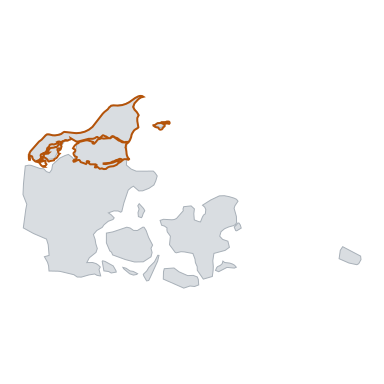 where Nordjylland sits in Denmark
{"feature_id": "DNK-3418", "entity_name": "Nordjylland", "entity_type": "Region", "adm_level": 1, "iso_a3": "DNK", "parent_name": "Denmark", "parent_adm1": "", "projection": "natural_earth1", "projection_center": [9.42, 57.153], "detail": "fine", "context": "in_parent", "style": "outline", "palette": "amber", "viewbox_px": 384, "rotation_deg": 0, "n_neighbors": 0, "source": "natural_earth", "source_scale": "10m", "svg_char_len": 8839}
<svg xmlns="http://www.w3.org/2000/svg" viewBox="0 0 384 384"><path d="M100.7,275.9L100.0,275.9L96.9,275.3L94.7,274.0L89.0,274.9L81.4,277.1L77.2,277.0L73.9,274.7L60.2,271.4L58.0,271.2L49.0,271.0L48.6,265.9L47.5,262.2L44.4,256.7L49.1,255.4L48.2,244.7L46.5,239.1L33.5,233.5L23.3,227.9L25.8,209.3L26.8,204.3L23.0,194.6L23.5,183.5L25.3,165.9L28.5,165.2L30.9,165.3L40.0,168.5L43.8,168.8L46.4,171.6L49.5,172.7L51.7,169.8L52.6,164.6L59.9,158.0L64.9,155.6L68.4,154.4L71.9,157.1L74.6,160.1L75.2,153.5L77.4,141.1L70.5,139.1L64.9,140.8L59.3,148.7L54.3,158.6L46.3,159.6L39.8,162.4L34.0,159.4L30.3,156.9L30.2,153.1L31.1,150.9L38.0,142.8L47.1,135.0L56.3,135.1L63.0,132.6L67.0,132.3L79.5,132.8L85.9,131.1L91.6,127.6L104.0,112.6L110.9,106.3L125.0,104.1L137.9,96.9L141.6,96.8L135.5,102.2L134.5,104.3L133.8,107.4L138.2,114.4L137.3,118.6L137.7,126.9L133.6,131.3L128.9,140.5L126.9,141.9L126.5,152.7L127.0,155.2L126.4,165.1L131.2,169.1L136.3,171.2L153.3,171.1L155.1,172.9L157.2,176.0L155.7,181.1L153.9,185.0L149.0,188.3L142.7,190.8L138.8,190.9L133.4,186.2L130.9,187.7L128.2,190.1L123.9,202.9L121.8,211.5L120.7,212.2L118.2,211.0L113.9,210.9L108.4,212.9L111.2,214.8L114.2,217.9L113.0,219.5L108.2,221.3L104.0,224.8L102.2,227.4L96.8,230.5L93.4,234.5L95.1,239.4L95.8,243.8L97.3,248.5L96.0,252.4L89.3,257.8L86.8,262.6L92.6,262.5L96.1,263.6L98.2,265.0L100.3,267.0L99.0,269.5L100.7,275.9ZM236.4,216.5L236.6,222.7L235.4,224.5L233.6,225.6L228.8,226.9L224.6,228.7L221.0,231.7L219.7,236.2L222.6,239.4L227.9,241.2L229.4,247.3L225.1,250.4L213.9,253.4L212.8,260.7L213.3,266.5L213.1,270.7L212.3,276.5L203.3,279.1L197.3,270.3L197.2,266.7L195.4,262.6L195.0,259.1L192.9,253.5L184.3,251.9L181.0,251.7L176.3,252.8L175.2,252.4L169.5,244.7L170.4,236.2L167.3,231.9L166.9,230.0L167.0,227.9L164.5,226.1L161.6,225.2L160.1,220.4L163.5,219.3L171.9,219.8L174.3,219.5L176.5,218.5L183.3,210.7L183.0,209.0L183.7,206.7L191.1,205.9L194.4,208.9L193.8,213.7L194.3,219.9L198.7,221.6L200.5,221.9L202.3,217.3L203.5,215.1L205.3,213.8L205.8,209.6L204.7,207.1L202.5,205.2L210.7,200.0L219.3,195.9L224.3,195.7L229.3,196.7L234.0,198.1L236.5,199.3L238.0,201.2L234.9,205.8L234.1,208.3L236.4,216.5ZM144.1,227.3L146.1,230.5L148.6,237.4L152.6,245.1L151.0,248.3L152.1,252.5L151.0,256.8L143.3,261.8L134.6,262.0L125.5,259.6L112.6,254.9L111.6,252.3L109.8,250.9L106.4,242.9L106.4,233.1L112.8,231.9L126.8,227.2L130.1,228.0L133.5,230.4L137.4,230.5L143.0,227.1L144.1,227.3ZM179.0,271.8L187.6,275.6L193.3,275.4L197.3,277.0L198.3,279.5L198.7,284.9L194.6,286.5L190.0,286.0L183.8,288.1L163.3,279.1L163.5,271.7L164.3,268.7L174.0,268.0L179.0,271.8ZM358.7,263.7L356.9,264.7L348.9,263.0L339.1,258.7L340.3,250.3L342.7,246.7L360.6,256.1L361.0,259.6L358.7,263.7ZM148.7,280.5L146.6,280.9L143.7,275.8L143.3,274.3L146.7,271.0L148.9,267.4L154.5,261.8L157.8,255.3L159.0,255.4L157.6,261.2L150.2,277.5L148.7,280.5ZM116.2,272.1L111.2,273.0L108.6,271.5L103.9,270.9L102.2,261.3L102.6,260.8L105.0,261.4L113.2,265.9L116.0,270.8L116.2,272.1ZM236.3,267.2L234.4,268.1L227.0,267.4L218.7,271.7L215.5,270.4L216.7,267.6L217.6,266.6L220.3,265.4L222.2,263.7L222.9,261.1L224.7,262.5L229.8,263.1L232.4,264.0L234.5,265.2L236.3,267.2ZM142.2,216.6L141.4,217.7L138.4,216.6L138.0,212.6L139.1,209.0L137.8,205.8L139.2,203.7L143.6,208.5L144.8,210.8L143.2,213.5L142.2,216.6ZM162.8,126.4L160.8,127.8L154.3,125.8L157.1,122.9L164.3,121.6L168.5,122.1L163.9,124.9L162.8,126.4ZM136.6,274.5L133.4,275.1L129.7,273.8L123.6,268.7L122.9,267.4L126.0,268.2L130.0,270.9L133.2,271.4L137.6,273.7L136.6,274.5ZM241.2,228.1L236.7,230.8L235.7,230.6L234.2,227.0L236.6,224.8L237.9,223.0L238.9,223.0L240.3,225.0L241.2,228.1Z" fill="#d9dde1" stroke="#a8b0b8" stroke-width="1"/><path d="M80.7,162.1L79.8,160.5L79.3,160.1L79.1,160.0L78.1,160.0L76.2,160.7L75.7,161.2L74.7,161.6L73.7,161.7L73.3,160.9L73.8,160.1L76.0,159.2L76.5,158.2L76.8,157.3L76.7,156.9L75.5,156.6L75.0,156.3L74.6,155.9L74.2,155.4L74.0,155.0L73.7,154.4L73.5,153.7L73.6,152.9L73.8,152.7L74.9,151.5L75.1,151.2L75.3,150.9L75.2,150.2L75.0,149.5L74.7,149.2L74.2,149.1L73.7,148.9L73.0,148.3L73.9,146.8L74.8,145.5L75.7,144.6L77.2,143.5L77.5,143.3L77.9,143.3L78.3,143.2L78.6,143.0L78.8,142.2L79.0,142.0L86.0,140.3L87.6,140.3L93.2,142.0L93.2,142.4L92.5,142.7L92.5,143.1L92.9,143.5L93.5,143.7L94.2,143.7L94.6,143.3L96.4,141.4L97.1,140.3L98.0,139.4L99.9,138.9L101.5,138.2L103.7,138.6L108.8,138.2L106.0,136.4L104.6,136.0L103.6,135.4L103.1,135.3L102.7,135.4L101.0,137.0L100.1,137.7L99.1,138.1L98.2,137.6L97.4,137.0L96.4,137.1L94.8,138.2L92.9,138.8L88.7,138.8L77.8,141.6L76.9,141.7L76.0,141.4L70.7,138.2L71.0,139.0L70.6,139.4L69.0,139.9L67.9,140.5L67.3,140.7L66.5,140.7L66.8,140.3L65.9,140.0L65.1,140.1L64.3,140.6L63.5,141.2L62.7,141.1L61.7,141.8L60.9,142.5L60.5,142.6L60.1,141.8L59.2,141.5L58.1,141.6L57.3,142.0L58.0,142.5L56.3,143.7L53.9,144.5L52.2,144.2L51.1,144.4L50.0,144.7L49.5,145.2L49.2,146.3L48.5,147.1L47.8,147.6L47.2,148.3L46.9,150.0L46.7,150.7L46.5,151.0L46.2,151.3L44.7,152.9L43.6,153.0L43.1,153.2L42.9,153.5L42.5,153.8L41.7,154.0L41.0,154.4L40.6,155.2L41.0,157.3L40.9,158.3L40.2,158.8L40.2,159.2L42.1,159.1L42.6,159.2L42.9,160.0L42.6,160.5L42.0,160.8L41.4,160.9L40.8,160.8L39.7,160.2L39.1,160.0L38.5,160.2L37.6,160.7L37.0,160.9L37.0,161.3L39.2,160.9L39.9,161.0L40.9,161.6L41.4,161.7L44.7,160.7L45.4,160.9L45.6,161.3L45.4,162.5L45.4,163.0L46.2,163.8L46.5,164.4L45.8,165.3L45.3,165.8L44.6,166.0L44.0,166.0L43.5,166.2L43.6,166.5L44.1,166.8L43.2,166.8L41.9,165.9L40.7,164.8L40.2,164.0L39.8,163.1L38.7,162.4L37.4,161.9L36.1,161.7L35.3,161.4L34.3,160.6L33.4,159.7L32.7,158.8L32.2,156.6L31.9,156.3L31.3,156.1L29.9,155.5L29.1,155.4L29.8,157.7L30.0,159.0L29.9,159.9L29.2,159.9L28.9,158.7L28.8,155.8L29.4,153.3L30.4,151.4L39.0,141.6L41.6,139.7L45.6,135.3L47.1,134.3L48.8,134.3L52.7,135.3L55.0,135.4L59.3,134.7L61.2,134.0L63.5,132.2L64.3,131.9L76.2,133.2L80.5,132.8L84.8,131.7L88.9,129.7L92.5,126.9L102.7,113.7L104.5,111.9L107.8,109.3L109.4,107.1L110.0,106.8L111.1,105.7L113.4,105.3L117.8,105.6L122.1,105.1L125.9,103.9L129.3,102.2L135.1,98.0L138.2,96.4L139.5,96.0L140.9,95.9L142.3,96.1L143.4,96.8L140.8,97.5L138.4,99.1L134.5,103.3L133.1,106.9L134.5,109.7L136.9,112.2L138.7,115.2L137.3,117.9L137.3,121.1L138.4,127.3L137.6,128.2L135.2,129.5L134.0,130.5L132.4,133.0L131.6,134.6L131.1,137.3L129.9,140.2L129.3,141.2L128.9,141.6L128.6,141.8L128.0,142.0L125.8,141.9L125.1,142.1L124.2,142.2L120.2,140.3L117.3,138.1L115.3,137.5L113.7,136.4L112.6,136.1L111.6,136.5L110.2,138.1L109.3,138.2L110.2,138.3L111.2,137.4L112.1,137.0L112.9,136.7L113.9,137.0L118.6,140.5L120.1,141.0L122.0,142.2L123.0,142.4L126.9,142.5L127.8,142.9L126.4,144.0L126.1,144.5L125.9,145.3L125.7,147.0L125.5,147.5L125.9,148.5L126.4,151.6L126.6,154.1L126.9,155.4L128.1,158.0L128.5,158.4L129.0,158.7L129.1,159.1L128.5,159.7L128.1,159.7L127.0,159.3L126.4,159.2L124.2,159.2L123.5,159.5L122.6,160.0L121.8,159.4L120.9,159.0L119.9,158.8L118.7,159.2L117.6,159.8L117.2,159.9L116.4,160.0L115.7,160.3L114.2,161.2L112.5,161.6L110.3,162.8L103.6,163.4L103.6,163.9L105.8,164.1L113.0,162.6L114.6,161.9L115.3,161.7L115.4,161.3L115.5,161.0L115.9,160.9L116.3,161.0L116.9,161.3L117.2,161.3L117.7,161.3L118.3,161.0L118.8,160.7L119.0,160.3L119.3,159.4L120.1,159.3L121.6,159.7L121.5,159.9L121.3,160.5L122.1,160.6L120.5,161.9L118.3,163.2L116.7,164.8L113.5,166.2L110.6,166.5L109.5,166.7L107.6,167.5L106.0,168.9L104.0,169.1L103.2,168.9L101.9,168.4L99.8,168.8L97.4,166.9L95.9,167.5L95.0,167.3L95.3,166.0L96.5,165.0L95.6,164.3L90.2,164.3L88.9,163.2L89.2,161.7L88.4,161.2L87.1,161.1L86.7,161.7L87.1,162.6L86.0,164.0L84.2,163.3L80.7,162.1ZM56.9,157.5L56.3,158.1L54.3,159.2L54.0,160.3L50.2,161.0L48.9,161.5L48.4,161.4L47.1,159.3L46.6,158.8L45.5,158.0L44.3,157.5L44.0,157.5L42.5,157.9L42.0,157.8L42.2,157.1L42.4,156.8L42.8,156.6L43.2,156.4L43.7,156.3L43.9,156.0L43.8,155.4L43.7,154.8L43.5,154.6L44.8,153.9L48.2,153.6L49.4,152.5L48.8,152.5L48.2,152.5L47.7,152.3L47.1,152.1L47.4,151.5L48.4,150.6L48.8,150.0L48.6,150.0L48.5,149.5L48.5,148.5L48.6,148.3L49.0,148.3L49.4,148.3L49.7,148.3L51.1,147.9L53.9,147.6L55.3,147.0L56.3,147.3L57.3,146.4L58.9,144.1L60.0,144.6L60.7,143.9L61.2,143.1L61.8,143.2L61.6,143.7L61.0,144.5L60.9,144.9L61.0,145.2L61.4,146.1L61.5,146.6L61.4,146.7L60.9,148.7L60.5,149.5L60.2,149.8L59.9,150.0L59.9,149.2L59.6,148.8L59.3,148.5L58.9,148.3L57.8,148.9L57.6,149.2L57.4,149.8L57.5,150.2L57.8,150.5L57.9,150.8L58.3,152.8L58.7,153.5L59.5,153.7L59.2,154.0L58.9,154.2L58.6,154.2L58.2,154.2L58.6,154.4L58.9,154.6L58.2,155.3L57.5,156.7L56.9,157.5ZM167.0,121.5L168.3,121.5L168.9,121.6L169.3,121.9L169.6,122.6L169.6,123.3L169.2,123.8L168.2,123.7L167.1,123.4L163.4,124.0L164.2,124.4L164.7,125.3L164.6,126.3L163.5,127.2L162.8,128.0L162.4,128.8L161.7,129.4L160.2,129.7L159.3,129.2L158.0,127.5L156.3,127.3L155.0,126.8L154.2,126.2L153.4,125.6L153.4,125.2L155.0,125.0L156.5,123.9L157.7,123.2L159.6,123.1L160.7,122.9L161.6,122.2L165.1,122.2L167.0,121.5Z" fill="none" stroke="#b45309" stroke-width="2"/></svg>